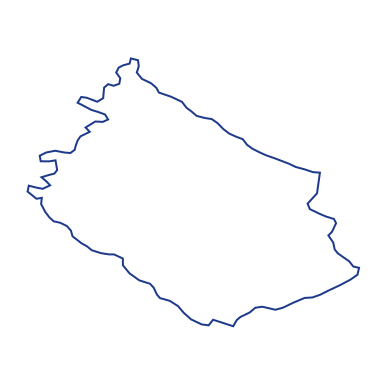 the district of Sabáudia, Paraná, Brazil, rotated 88°
{"feature_id": "56859067B64057014053019", "entity_name": "Sabáudia", "entity_type": "district", "adm_level": 2, "iso_a3": "BRA", "parent_name": "Brazil", "parent_adm1": "Paraná", "projection": "equal_earth", "projection_center": [-51.597, -23.348], "detail": "fine", "context": "isolated", "style": "outline", "palette": "blue", "viewbox_px": 384, "rotation_deg": 88, "n_neighbors": 0, "source": "geoboundaries", "source_scale": "gbopen_adm2", "svg_char_len": 1794}
<svg xmlns="http://www.w3.org/2000/svg" viewBox="0 0 384 384"><g transform="rotate(88 192 192)"><path d="M198.8,343.2L206.9,339.3L212.4,335.4L216.5,331.2L218.1,324.9L221.7,318.2L226.3,314.4L232.2,312.9L235.7,308.6L239.3,304.4L242.5,299.0L246.7,294.2L249.9,285.2L251.4,277.5L251.7,272.0L256.1,263.4L262.8,263.6L271.1,257.3L278.5,247.7L282.2,237.2L286.2,233.7L293.3,230.6L296.9,227.7L300.0,218.0L305.6,209.9L312.4,204.5L319.3,197.3L324.7,186.9L325.8,180.0L320.4,175.4L327.6,155.5L321.5,151.7L318.6,148.0L314.4,138.5L309.9,132.8L309.1,125.8L311.1,118.3L312.6,112.7L310.8,105.2L306.3,94.9L301.8,83.2L301.6,75.4L299.2,67.6L295.6,59.8L290.2,47.2L285.1,36.7L280.4,29.5L273.6,27.7L272.1,33.4L266.8,37.3L258.4,48.4L254.4,51.4L247.5,52.6L240.2,57.2L236.7,53.5L228.2,49.1L223.9,51.1L221.2,58.9L218.0,65.8L213.2,74.8L207.7,76.9L197.7,67.1L177.1,63.5L176.4,70.3L173.3,78.7L170.6,87.5L167.0,94.4L161.1,108.4L157.8,116.9L154.5,123.5L150.9,130.0L146.7,135.4L141.0,139.4L138.4,145.7L135.0,152.6L130.1,158.6L124.1,164.0L119.8,169.7L118.5,176.6L116.1,184.7L111.2,190.0L107.6,194.6L101.6,198.8L96.0,209.7L91.5,221.6L86.5,224.1L81.9,229.1L77.2,238.1L70.7,243.0L64.5,240.8L58.4,241.4L56.4,248.4L61.5,249.9L62.9,256.1L65.1,260.9L69.9,263.6L75.8,259.7L81.3,260.9L83.1,266.6L81.3,272.1L84.6,276.2L95.1,277.5L98.5,283.5L94.1,294.0L93.2,299.4L98.8,303.2L101.4,298.5L106.4,289.8L108.5,283.7L111.5,276.2L116.6,273.3L118.8,278.7L118.2,286.2L123.8,296.1L128.3,292.1L132.5,301.5L136.5,304.5L141.7,306.6L145.8,307.8L148.8,312.2L148.1,318.0L146.0,327.3L147.4,336.2L150.4,342.9L156.0,342.1L156.4,333.6L155.6,327.3L165.4,326.0L168.8,328.9L170.1,334.8L172.0,341.9L176.7,336.8L180.4,333.6L183.6,341.1L182.3,346.9L180.0,354.9L185.8,356.3L193.3,347.7L192.6,342.3L198.8,343.2Z" fill="none" stroke="#1e3a8a" stroke-width="2"/></g></svg>